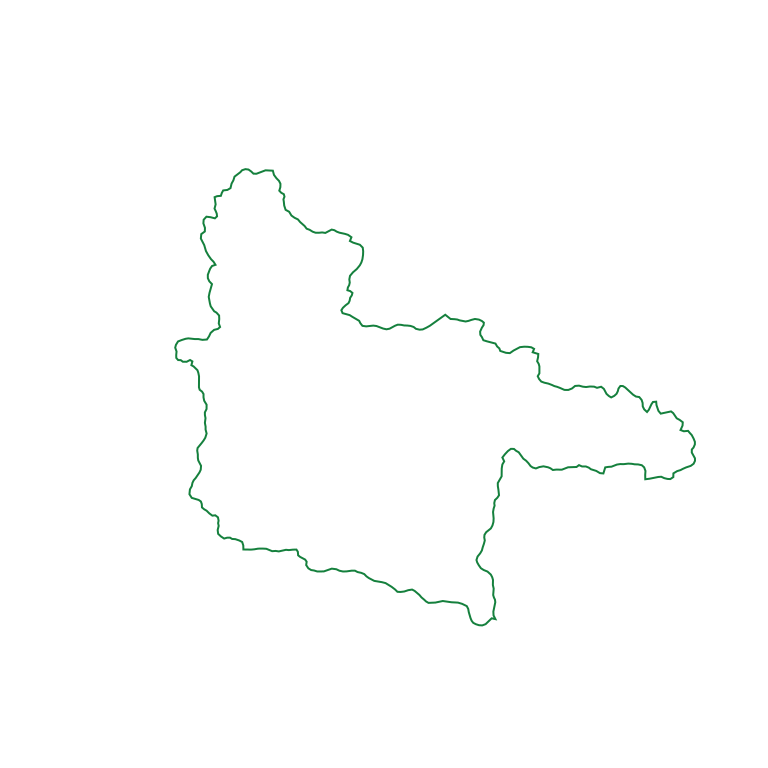 Joaíma, Minas Gerais, Brazil, rotated 235°
{"feature_id": "56859067B17378222637082", "entity_name": "Joaíma", "entity_type": "district", "adm_level": 2, "iso_a3": "BRA", "parent_name": "Brazil", "parent_adm1": "Minas Gerais", "projection": "albers", "projection_center": [-41.029, -16.798], "detail": "fine", "context": "isolated", "style": "outline", "palette": "green", "viewbox_px": 768, "rotation_deg": 235, "n_neighbors": 0, "source": "geoboundaries", "source_scale": "gbopen_adm2", "svg_char_len": 6166}
<svg xmlns="http://www.w3.org/2000/svg" viewBox="0 0 768 768"><g transform="rotate(235 384 384)"><path d="M405.6,473.9L405.4,455.0L405.8,451.0L406.5,447.0L408.1,444.3L410.9,441.8L413.7,441.0L416.4,439.0L418.7,436.4L420.3,434.2L422.8,431.8L424.7,429.3L425.4,426.5L426.1,420.3L427.4,417.4L429.9,415.1L435.8,411.1L438.0,408.7L441.4,402.5L444.0,399.7L447.3,399.5L450.0,399.9L457.2,396.6L460.1,395.4L465.8,390.7L468.9,391.4L470.0,394.1L470.5,397.7L470.6,401.3L471.9,403.6L474.0,405.7L475.1,408.5L476.7,410.4L479.5,409.6L481.8,407.8L483.8,409.8L484.9,412.1L486.7,414.1L489.6,415.6L492.1,418.2L493.3,422.7L493.8,427.7L495.1,432.3L496.5,435.1L498.6,437.9L501.8,440.9L504.7,443.1L507.9,444.8L511.9,444.1L517.5,439.8L520.7,438.1L522.9,441.5L526.8,440.1L529.4,438.1L533.5,434.3L536.0,432.6L538.4,431.6L540.5,429.7L541.4,422.6L543.6,420.3L545.3,417.3L547.2,414.7L549.7,412.9L553.0,411.5L555.6,409.7L558.9,409.6L564.7,408.2L568.2,407.9L571.4,406.1L575.1,404.8L579.5,405.1L583.1,403.3L587.4,404.6L590.8,406.5L593.0,407.6L594.5,409.9L596.9,410.8L599.6,409.5L602.4,409.1L604.7,412.0L607.4,414.0L610.6,414.5L614.3,413.9L618.4,413.8L622.5,415.3L627.0,409.5L629.4,400.1L631.2,397.7L634.3,397.1L637.4,396.0L639.5,393.7L640.5,390.4L639.9,387.7L639.6,380.5L637.2,377.4L635.6,374.1L632.5,370.6L632.8,367.0L634.8,363.3L633.5,360.7L631.7,358.3L633.6,355.0L634.2,352.4L627.7,349.1L624.9,345.8L622.0,345.3L619.5,344.7L617.1,343.4L616.7,340.5L620.1,337.6L622.9,334.5L622.0,330.5L619.2,328.2L614.6,326.9L611.7,324.7L611.6,320.3L608.2,317.4L600.9,316.4L595.0,314.4L590.3,313.9L585.5,313.9L581.8,314.5L578.3,314.3L579.3,310.8L578.2,307.8L576.5,305.2L574.5,302.3L571.7,300.4L568.3,299.8L564.5,300.4L558.8,293.4L555.9,290.4L549.8,287.6L547.0,286.6L541.0,286.6L538.6,287.7L534.7,288.2L531.7,286.3L528.4,283.4L524.7,282.4L524.4,279.5L525.8,275.9L525.3,271.3L523.4,268.0L522.0,264.5L524.3,260.6L527.4,257.6L529.4,254.7L533.6,249.9L534.8,247.5L536.0,243.7L537.0,239.7L535.4,236.0L533.5,233.8L529.6,232.7L526.9,230.4L524.5,228.8L521.7,229.1L520.1,231.2L517.6,232.0L515.4,235.1L514.9,238.9L512.4,240.0L509.9,237.0L507.6,238.1L502.3,239.1L499.6,238.3L496.4,236.9L487.4,230.5L485.0,229.7L482.1,230.6L479.3,230.4L476.6,228.5L473.4,227.1L468.8,226.8L465.3,224.3L463.5,221.0L461.3,219.5L458.4,218.2L454.9,215.0L451.4,213.4L449.0,211.7L445.2,210.3L442.5,206.8L441.2,203.8L440.3,201.0L438.5,194.6L436.6,192.8L433.1,191.1L430.2,189.1L427.9,188.0L421.9,187.2L418.9,184.7L417.4,182.1L415.0,175.8L414.3,172.9L412.9,170.4L410.6,168.0L409.0,164.6L405.3,161.4L401.0,161.2L395.3,165.7L392.8,166.6L390.2,165.9L387.3,164.1L384.6,164.8L382.0,166.0L378.2,166.7L374.6,167.9L373.2,170.5L370.0,171.5L366.9,170.1L365.2,168.3L362.6,167.2L359.8,164.0L356.4,162.2L352.6,163.0L349.1,164.4L348.1,167.3L346.5,169.7L344.2,170.7L342.2,173.2L338.8,175.7L335.9,177.2L332.4,176.1L329.1,173.9L324.6,180.1L323.0,182.9L321.3,186.5L318.7,190.3L316.5,193.1L311.2,196.5L309.4,199.5L307.2,201.8L304.4,208.6L302.5,210.8L300.6,214.3L298.6,217.3L296.0,217.2L292.9,215.4L290.5,216.1L285.4,218.7L282.8,218.7L280.3,216.4L276.4,216.3L273.4,217.6L271.4,219.7L268.7,221.8L265.0,227.2L262.7,235.3L259.6,238.7L256.6,240.4L253.9,242.9L252.0,245.8L249.5,250.7L247.8,253.1L245.1,254.5L242.4,257.0L239.6,258.8L236.5,259.3L233.7,260.3L228.3,263.1L222.9,268.6L220.0,271.1L213.5,273.9L209.4,275.2L206.1,275.8L204.2,278.2L202.4,281.6L201.2,285.6L199.5,289.1L197.0,290.4L190.9,292.0L187.7,292.3L184.3,293.2L181.8,293.7L179.2,294.9L175.5,300.7L172.5,307.7L166.5,314.1L162.5,319.2L159.1,321.9L154.6,324.4L151.5,324.0L148.5,322.6L142.6,320.6L139.8,320.0L137.2,320.1L134.5,321.5L131.9,323.5L129.9,326.0L129.0,329.5L130.3,337.8L127.5,340.4L131.6,341.0L134.8,343.0L141.4,350.0L143.7,351.2L146.1,351.6L148.5,352.4L153.5,356.5L156.9,357.9L161.0,360.9L163.6,361.8L166.6,362.2L171.0,361.2L174.4,359.0L177.5,357.7L181.2,357.7L184.4,358.0L186.8,358.8L189.0,361.7L190.1,365.6L191.5,368.7L193.6,371.2L195.8,374.2L198.0,376.8L200.8,378.1L202.8,379.8L204.0,382.7L204.4,388.7L205.9,391.7L208.2,394.5L211.0,396.7L216.6,399.9L219.1,402.4L220.9,404.8L223.2,406.0L225.3,408.3L225.8,411.6L226.9,414.4L232.0,417.2L235.1,418.7L237.6,420.4L240.9,427.4L247.3,432.0L250.2,434.8L251.7,438.1L255.9,438.8L257.1,442.8L258.0,447.0L258.1,450.7L256.3,453.2L253.5,453.9L250.8,455.2L242.9,455.3L239.7,456.4L236.3,456.9L232.7,457.0L230.3,457.9L227.7,460.0L226.9,463.5L225.1,467.4L221.7,470.6L219.5,472.0L216.7,473.0L215.2,475.8L211.8,480.6L210.2,487.0L205.6,494.1L205.7,497.2L202.9,498.9L200.6,502.1L198.0,503.8L195.5,504.6L191.1,508.0L187.1,509.8L184.9,512.4L188.8,517.4L187.5,520.1L185.8,522.9L184.4,528.6L182.9,531.6L180.9,534.3L178.7,538.4L176.5,541.2L174.5,543.2L172.3,546.1L169.6,548.6L166.5,549.3L162.8,548.3L159.7,545.8L156.1,543.4L154.1,547.2L150.5,555.4L149.0,557.9L146.1,559.6L143.6,561.8L141.9,564.0L141.8,567.6L144.8,569.8L144.5,574.2L143.4,577.5L143.1,580.0L142.4,583.6L141.0,588.3L141.1,591.9L142.7,594.7L144.8,596.1L151.3,596.8L153.8,598.6L154.4,601.1L156.2,604.0L158.3,605.5L161.7,606.3L165.7,606.8L168.6,606.4L171.2,606.2L173.3,602.5L176.2,600.5L178.7,604.7L181.3,606.8L185.0,605.6L188.0,604.1L194.3,604.2L196.9,603.4L201.0,593.7L204.6,593.4L210.4,595.1L213.4,596.8L215.0,594.0L214.0,591.4L211.0,586.2L210.2,583.4L214.0,582.6L217.2,583.1L220.2,585.0L223.2,585.9L226.9,585.6L229.2,583.2L232.4,581.9L242.8,579.6L245.3,578.5L246.8,576.5L245.8,573.5L244.0,571.4L242.6,568.9L242.2,565.8L242.7,562.4L245.2,561.3L248.3,560.6L253.9,561.3L257.2,560.3L258.7,556.3L261.3,554.6L263.8,551.3L265.6,547.8L267.8,545.3L270.8,542.8L272.8,539.4L272.5,535.4L273.4,531.6L275.7,528.4L279.7,526.0L282.5,524.1L284.5,522.4L286.9,521.0L290.0,518.9L293.1,516.1L295.8,514.2L299.1,513.9L302.2,514.4L303.6,517.4L309.3,521.4L311.8,522.3L314.8,522.5L317.5,525.5L320.1,527.6L324.7,524.0L326.7,527.1L329.6,525.7L332.0,523.1L334.1,520.3L336.2,516.5L337.1,509.3L337.1,504.8L339.6,501.8L344.4,498.2L347.0,498.9L349.8,498.2L353.2,498.5L359.9,492.8L362.9,490.5L366.3,491.1L369.0,491.1L371.8,492.8L374.0,496.5L375.1,499.3L377.0,501.0L379.5,500.3L382.3,498.7L385.1,495.8L386.4,492.3L387.2,489.5L388.4,486.7L392.7,482.5L394.8,481.0L396.6,479.0L399.1,475.8L405.6,473.9Z" fill="none" stroke="#15803d" stroke-width="2"/></g></svg>